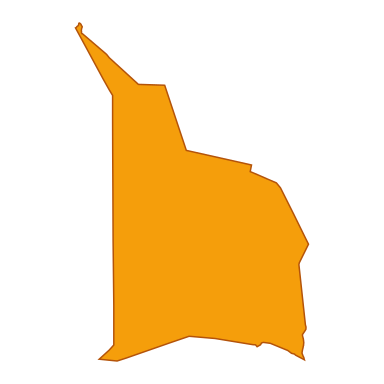 the district of Rotonak Mondol, Batdâmbâng, Cambodia
{"feature_id": "14789045B15195219920111", "entity_name": "Rotonak Mondol", "entity_type": "district", "adm_level": 2, "iso_a3": "KHM", "parent_name": "Cambodia", "parent_adm1": "Batdâmbâng", "projection": "equal_earth", "projection_center": [102.87, 12.919], "detail": "fine", "context": "isolated", "style": "filled", "palette": "amber", "viewbox_px": 384, "rotation_deg": 0, "n_neighbors": 0, "source": "geoboundaries", "source_scale": "gbopen_adm2", "svg_char_len": 1424}
<svg xmlns="http://www.w3.org/2000/svg" viewBox="0 0 384 384"><path d="M164.7,85.3L164.0,85.2L138.4,84.4L115.1,63.1L109.2,57.7L106.6,54.4L82.4,33.7L81.9,33.7L81.5,33.2L81.5,32.5L81.5,31.3L81.3,30.7L81.4,30.2L81.5,29.4L81.6,28.7L81.8,28.1L82.0,27.6L82.2,26.9L82.1,26.3L81.7,25.9L81.3,25.3L81.1,24.5L80.8,24.1L80.4,23.7L79.8,23.2L79.2,23.0L78.8,23.5L78.7,24.2L78.6,24.7L78.4,25.2L78.1,25.7L77.8,26.0L77.4,26.2L77.0,26.5L76.8,26.8L76.4,27.3L76.0,27.7L75.5,27.9L103.2,79.1L109.5,90.3L112.6,95.4L112.6,117.7L112.7,151.0L112.9,188.8L113.0,216.4L113.1,240.8L113.8,305.5L113.8,345.0L109.1,350.2L107.0,352.1L99.2,359.2L117.1,361.0L126.1,358.1L169.7,342.9L189.0,336.3L190.6,336.4L215.2,338.5L246.3,343.6L253.1,344.7L255.5,344.8L257.1,346.7L260.5,344.8L261.5,343.0L263.3,342.4L270.3,343.3L287.8,350.5L291.5,353.3L294.5,354.1L295.5,355.1L304.4,359.8L304.1,358.8L304.0,358.2L303.8,357.5L303.5,356.8L303.1,356.1L302.7,355.0L302.3,354.0L302.0,353.1L302.1,352.4L302.2,351.6L302.6,349.4L303.0,347.9L303.3,346.1L303.6,345.2L303.6,344.0L303.7,343.4L303.8,342.8L303.7,342.1L303.6,340.9L303.3,338.7L302.9,337.3L302.5,335.7L302.5,334.5L302.9,333.9L303.8,332.6L304.8,331.1L305.9,329.3L306.0,327.0L305.4,324.8L298.9,264.6L299.3,262.8L308.5,244.2L305.6,238.4L293.9,214.6L280.5,187.9L276.4,182.9L267.1,178.9L258.0,174.9L250.2,171.6L251.5,165.0L186.3,150.4L175.5,117.9L164.9,85.9L164.7,85.3Z" fill="#f59e0b" stroke="#b45309" stroke-width="1.5"/></svg>